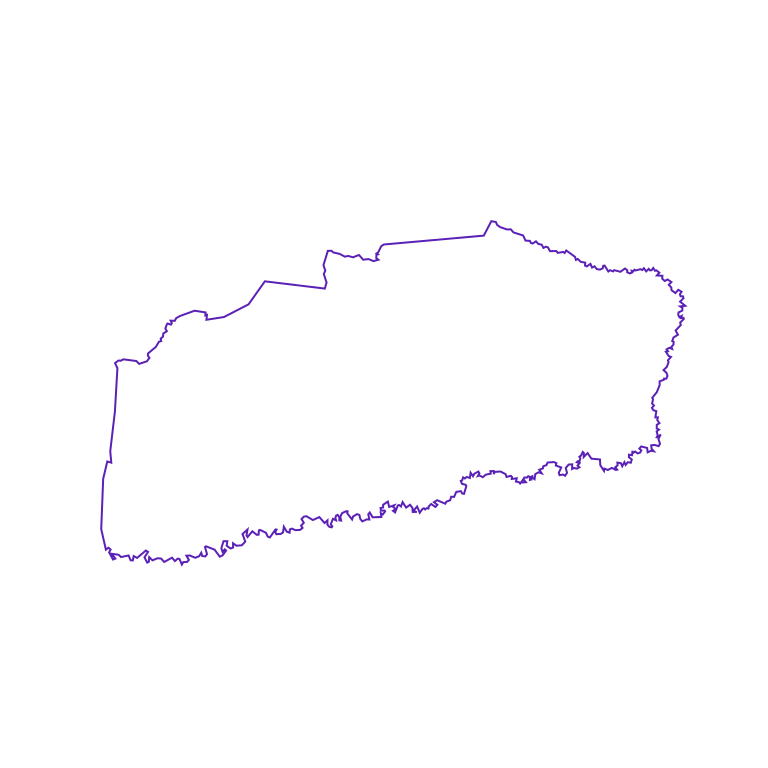 the district of Tala, Entre Ríos, Argentina, rotated 75°
{"feature_id": "61730980B14565124860161", "entity_name": "Tala", "entity_type": "district", "adm_level": 2, "iso_a3": "ARG", "parent_name": "Argentina", "parent_adm1": "Entre Ríos", "projection": "robinson", "projection_center": [-59.248, -32.313], "detail": "fine", "context": "isolated", "style": "outline", "palette": "violet", "viewbox_px": 768, "rotation_deg": 75, "n_neighbors": 0, "source": "geoboundaries", "source_scale": "gbopen_adm2", "svg_char_len": 6118}
<svg xmlns="http://www.w3.org/2000/svg" viewBox="0 0 768 768"><g transform="rotate(75 384 384)"><path d="M524.9,194.0L522.8,193.0L525.0,190.0L524.0,185.7L527.1,182.2L527.1,180.9L524.3,182.2L523.0,179.4L520.3,178.9L521.8,175.7L525.1,175.2L521.7,172.0L524.7,171.5L522.7,168.8L523.9,165.9L521.0,164.2L518.1,166.4L515.7,165.7L517.0,162.9L512.9,161.3L515.1,161.3L514.2,158.9L516.7,157.0L516.5,154.3L514.7,152.6L512.5,154.1L510.9,151.7L513.9,146.4L518.2,147.0L517.6,143.3L518.8,140.8L515.8,142.3L512.4,141.8L512.9,138.4L515.1,134.8L513.3,132.9L508.0,133.1L504.4,129.7L506.4,133.2L506.0,134.3L504.6,132.9L500.4,132.9L499.2,130.2L497.6,132.1L494.1,131.1L493.1,128.1L489.6,129.4L487.1,128.1L486.5,130.5L480.7,128.0L479.0,130.6L476.4,131.4L474.6,128.8L472.2,130.1L468.5,128.1L466.8,128.5L462.5,122.6L456.4,118.0L452.8,117.1L452.3,112.5L451.3,112.1L451.9,109.9L449.6,108.1L446.4,108.2L442.9,110.4L440.7,106.4L436.6,103.5L434.6,103.6L432.1,99.8L430.6,101.8L425.8,103.4L425.9,101.3L423.7,102.1L422.9,99.0L424.7,96.6L422.5,96.8L420.9,94.2L418.1,93.3L417.1,94.5L414.0,92.3L412.5,87.3L407.8,88.5L403.9,82.1L401.3,82.0L398.8,77.6L397.6,77.6L397.2,80.1L395.3,78.9L395.9,81.4L393.3,81.9L391.1,81.0L390.3,76.9L387.7,76.0L385.7,77.8L386.4,72.8L381.1,76.7L378.6,72.5L376.7,72.5L376.0,74.8L374.0,75.0L371.9,72.7L369.2,75.3L371.6,79.0L367.8,82.0L365.1,81.5L361.9,83.3L359.9,80.0L356.4,83.1L357.2,86.1L354.3,88.0L351.5,87.1L349.8,92.3L347.7,89.2L344.7,91.5L344.8,92.9L341.6,93.9L343.4,96.1L343.0,97.8L341.3,98.5L343.1,101.6L339.4,103.0L340.8,105.0L339.5,106.5L339.5,111.3L338.4,112.5L339.6,113.8L338.7,115.5L340.5,115.4L340.9,117.8L338.9,120.2L337.1,119.6L334.8,121.3L336.8,126.6L333.6,132.2L334.5,133.6L332.6,136.3L333.4,138.2L326.7,140.3L326.6,141.7L328.9,142.8L329.4,145.8L328.1,148.7L324.8,150.2L325.4,152.9L321.4,153.5L322.9,157.7L321.6,159.2L318.9,158.2L316.9,162.4L313.4,164.4L313.8,166.5L310.7,166.5L302.2,173.4L304.2,175.6L302.8,176.8L302.3,182.2L300.2,183.1L298.6,189.3L294.6,190.2L293.3,192.0L293.8,194.8L290.3,195.6L288.6,198.7L285.5,200.3L286.8,204.0L285.8,205.6L283.5,206.1L282.1,210.2L276.5,211.2L271.1,219.7L267.4,221.5L266.6,225.2L262.4,231.3L259.5,233.6L256.5,234.0L254.5,238.2L266.5,249.2L249.2,348.1L250.2,351.0L255.5,355.7L256.0,357.4L257.2,356.4L257.3,357.9L260.4,358.9L262.5,357.3L262.6,362.4L259.3,366.6L258.6,371.9L252.9,374.8L253.6,381.1L251.0,385.5L250.9,388.8L246.9,393.1L243.8,398.9L241.7,400.3L240.9,403.8L253.5,411.7L259.4,411.4L262.2,413.7L271.1,413.2L276.5,416.5L254.0,472.5L272.0,494.2L277.9,521.2L276.0,538.9L271.4,537.1L271.5,538.8L268.7,537.8L264.2,548.0L265.5,563.3L266.6,567.7L268.8,569.7L267.6,573.7L270.4,573.2L271.5,574.5L269.6,577.2L270.0,578.2L273.8,580.8L276.8,580.1L278.1,584.1L281.1,585.3L282.3,587.9L284.9,588.1L284.9,590.4L289.2,594.9L293.4,604.0L295.6,604.8L298.0,603.8L300.7,607.1L301.2,615.3L297.7,617.3L292.7,629.4L293.4,632.3L292.6,634.4L294.2,638.4L299.7,637.4L341.1,651.1L378.0,665.8L389.4,667.8L387.2,671.3L402.9,679.8L451.0,694.7L472.0,695.5L470.8,692.6L473.1,690.9L475.5,693.1L483.4,691.2L483.1,688.7L477.5,691.0L480.3,684.5L483.1,682.8L483.5,675.1L488.7,674.4L489.4,672.3L485.4,670.3L488.1,667.5L483.2,657.1L485.1,655.4L489.4,660.2L495.2,659.0L494.9,657.2L490.5,655.6L494.4,653.3L493.7,647.9L494.9,644.5L499.0,642.4L496.9,633.7L500.9,631.8L499.3,628.4L500.2,626.8L506.1,626.0L504.1,624.0L504.9,620.2L503.4,618.0L498.7,619.3L499.4,615.9L503.0,611.3L502.5,607.1L499.7,604.2L503.1,604.1L504.3,601.2L502.6,599.0L495.1,599.1L494.7,597.9L500.2,590.5L508.3,587.3L507.7,584.2L504.0,579.6L502.5,580.6L504.4,583.4L500.5,583.6L494.3,579.7L495.3,576.0L499.5,577.8L503.2,574.8L502.9,572.1L498.8,571.0L502.0,568.4L503.0,563.1L500.3,558.8L492.3,559.5L489.2,553.5L494.7,556.0L496.5,555.4L492.2,549.3L496.7,546.0L497.1,544.2L493.0,542.7L492.8,541.5L497.2,536.5L501.3,535.8L502.7,534.0L496.4,526.4L496.8,525.5L499.0,527.4L501.2,526.9L502.1,522.6L501.3,520.0L496.0,517.7L501.5,516.1L503.2,513.7L500.1,512.5L499.8,510.5L502.3,507.3L503.2,502.7L501.9,499.9L499.4,500.8L497.3,497.4L493.1,498.6L491.4,495.8L491.6,493.2L497.0,487.9L495.8,480.9L502.9,477.4L501.1,473.9L505.2,475.1L507.9,473.7L508.9,471.6L508.1,470.8L505.7,471.7L501.0,468.2L503.3,465.6L500.7,465.6L498.7,464.3L498.4,462.7L501.0,461.6L504.1,462.4L504.8,460.8L500.9,460.6L497.8,457.8L497.1,453.2L497.6,452.1L499.5,453.0L506.6,449.9L504.0,448.2L502.7,443.8L504.1,441.7L508.3,441.8L511.1,440.5L510.3,435.8L511.1,433.2L505.8,432.9L504.4,431.0L509.8,429.5L511.8,421.0L507.9,420.5L509.7,418.9L507.4,415.9L506.4,416.1L505.5,419.7L502.9,419.4L503.0,416.8L500.4,416.1L498.6,410.7L504.1,410.8L503.8,405.5L505.0,407.0L507.9,405.0L508.8,408.1L510.9,406.5L504.9,402.1L504.8,400.8L506.7,399.3L502.9,396.6L509.1,394.6L507.4,390.1L511.1,388.6L515.0,389.4L516.1,385.3L515.4,387.2L513.4,387.4L510.9,383.7L517.6,382.8L514.6,379.1L514.4,377.6L515.8,376.8L515.0,375.0L515.8,373.3L513.9,372.6L512.1,369.5L516.1,366.1L514.5,363.7L511.1,366.3L510.0,362.7L515.5,355.8L513.8,354.2L513.4,350.2L510.3,348.3L511.2,345.5L506.9,342.1L507.4,337.5L510.1,336.7L510.8,335.1L503.9,330.9L502.5,331.2L500.6,334.5L497.5,334.9L497.3,333.5L494.7,331.7L496.2,330.4L495.2,328.2L497.0,325.4L492.1,323.3L496.1,321.9L494.1,320.1L493.0,315.5L495.0,315.0L497.2,317.1L497.1,315.4L499.6,312.7L497.9,309.1L498.2,304.1L495.7,303.8L496.5,300.5L499.4,301.3L497.6,299.7L498.7,294.1L502.5,289.9L505.5,289.7L505.5,285.3L507.0,284.4L508.8,285.2L509.4,280.2L512.4,281.8L513.6,279.2L515.4,278.3L513.2,275.5L515.0,275.6L515.6,272.4L512.0,274.0L510.7,272.6L511.4,270.0L510.4,268.6L511.4,267.1L514.4,267.9L514.4,266.3L511.8,266.2L511.5,264.6L512.9,264.9L514.9,263.2L510.2,261.2L509.3,257.6L511.1,254.8L507.0,256.2L506.7,252.4L504.7,251.5L504.4,248.1L502.2,246.3L503.4,240.1L505.0,238.0L507.2,239.1L510.5,234.4L515.1,238.2L517.5,238.0L517.8,234.5L519.5,232.8L517.2,230.2L512.2,230.2L509.6,226.5L510.3,223.0L514.8,224.3L514.3,222.3L515.7,219.5L515.0,216.8L513.0,218.2L511.1,215.6L509.5,218.0L508.7,216.7L509.3,215.2L506.8,213.7L504.7,214.1L504.3,212.4L501.1,209.6L502.4,208.8L506.2,210.0L503.4,205.2L509.8,203.0L512.8,194.9L518.3,196.1L524.9,194.0Z" fill="none" stroke="#5b21b6" stroke-width="2"/></g></svg>